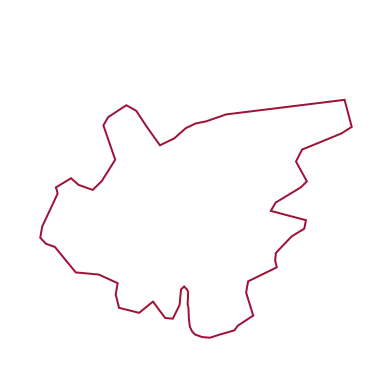 Qurin, Ash Sharqiyah, Egypt, rotated 198°
{"feature_id": "37247803B18399614023642", "entity_name": "Qurin", "entity_type": "district", "adm_level": 2, "iso_a3": "EGY", "parent_name": "Egypt", "parent_adm1": "Ash Sharqiyah", "projection": "mercator", "projection_center": [31.743, 30.611], "detail": "fine", "context": "isolated", "style": "outline", "palette": "rose", "viewbox_px": 384, "rotation_deg": 198, "n_neighbors": 0, "source": "geoboundaries", "source_scale": "gbopen_adm2", "svg_char_len": 1187}
<svg xmlns="http://www.w3.org/2000/svg" viewBox="0 0 384 384"><g transform="rotate(198 192 192)"><path d="M75.4,326.8L183.4,276.4L200.5,263.5L210.0,258.1L217.7,250.7L225.4,237.6L236.9,226.5L255.4,240.2L270.1,252.0L281.3,254.2L294.8,237.4L296.9,228.0L275.0,199.0L281.2,174.5L287.1,163.3L302.1,163.7L311.3,167.7L322.9,154.2L321.5,152.5L319.3,148.9L321.4,131.9L321.9,128.1L323.8,113.0L322.2,101.6L314.8,97.6L305.4,97.4L291.8,88.6L277.7,79.6L255.1,84.7L234.5,82.3L232.9,70.9L228.4,63.8L225.6,59.3L214.4,60.1L208.5,60.5L205.0,60.7L202.7,64.2L196.7,73.5L195.2,75.7L188.4,70.8L178.6,63.9L175.1,64.7L171.1,65.6L168.9,80.7L172.3,96.0L170.3,99.7L166.6,97.7L164.8,95.8L163.1,90.0L161.6,84.2L159.5,80.5L157.4,74.9L156.0,70.9L152.4,63.2L148.7,59.3L145.0,57.4L141.3,57.3L137.5,57.2L130.0,58.9L126.6,61.3L122.4,64.4L109.0,73.5L107.0,79.2L95.6,93.4L109.4,113.0L110.3,118.8L111.0,124.4L95.7,139.2L90.0,144.7L88.1,146.6L91.7,152.4L93.4,160.0L83.5,180.6L73.9,191.8L74.9,200.4L92.5,199.4L111.2,198.4L109.2,207.8L101.3,216.9L89.9,230.1L86.0,237.6L100.6,251.3L102.5,253.2L100.4,266.4L86.2,278.4L77.0,286.2L67.9,294.0L60.2,303.3L67.6,314.8L75.4,326.8Z" fill="none" stroke="#9f1239" stroke-width="2"/></g></svg>